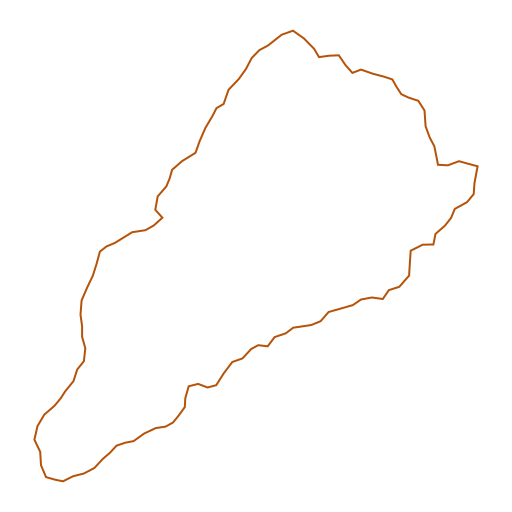 Chapadão do Lageado, Santa Catarina, Brazil (Albers equal-area conic projection)
{"feature_id": "56859067B87802320520562", "entity_name": "Chapadão do Lageado", "entity_type": "district", "adm_level": 2, "iso_a3": "BRA", "parent_name": "Brazil", "parent_adm1": "Santa Catarina", "projection": "albers", "projection_center": [-49.558, -27.587], "detail": "fine", "context": "isolated", "style": "outline", "palette": "amber", "viewbox_px": 512, "rotation_deg": 0, "n_neighbors": 0, "source": "geoboundaries", "source_scale": "gbopen_adm2", "svg_char_len": 1614}
<svg xmlns="http://www.w3.org/2000/svg" viewBox="0 0 512 512"><path d="M473.7,194.1L474.5,182.9L477.6,166.3L467.2,163.5L459.0,161.2L447.9,165.3L438.0,164.8L436.4,156.5L434.3,146.2L429.7,137.5L425.6,126.3L424.5,110.5L418.3,100.8L408.3,97.5L401.3,94.2L396.5,86.8L392.3,79.4L384.1,76.7L373.1,73.8L361.0,69.6L352.4,72.9L345.5,65.1L338.8,55.3L329.3,55.7L319.0,57.1L314.1,48.8L304.0,38.5L293.0,30.7L281.7,34.7L274.6,40.3L268.0,45.5L259.4,50.1L251.7,58.0L245.9,69.1L238.8,79.0L228.6,89.7L223.6,104.0L216.5,108.1L212.4,116.1L205.5,127.7L199.7,141.0L195.5,152.8L182.1,161.1L172.1,169.8L169.7,178.3L166.4,186.3L157.7,196.4L155.3,209.8L162.4,217.7L153.7,225.5L145.4,230.2L132.2,232.2L122.5,238.2L114.9,242.9L106.4,246.5L99.9,251.6L96.5,264.1L92.8,275.8L87.5,286.8L81.6,300.4L80.5,314.7L82.1,326.3L82.1,336.9L85.3,348.2L83.9,361.2L77.2,369.5L73.5,381.1L65.3,391.2L60.7,398.3L54.6,405.7L44.3,414.6L37.5,426.1L34.4,439.7L40.2,451.8L41.0,465.2L46.0,477.1L55.1,479.7L63.0,481.3L73.2,476.2L83.9,473.5L94.5,467.9L102.7,459.0L109.7,453.0L116.6,445.6L125.3,442.7L133.6,441.1L144.2,433.5L155.7,428.1L165.6,426.6L173.0,422.5L178.4,415.9L184.8,407.1L185.3,398.2L188.7,386.3L198.1,383.9L207.6,387.5L216.2,385.2L223.9,373.1L232.3,362.0L242.5,358.4L251.2,349.0L258.2,345.2L267.7,346.3L274.6,337.1L285.8,333.3L293.2,327.7L302.1,326.4L311.3,325.0L320.6,321.2L328.6,312.0L341.7,308.3L352.8,305.1L361.0,299.5L372.0,297.5L382.8,299.0L388.9,290.1L399.3,286.8L409.1,275.6L409.9,262.3L410.7,250.7L422.7,244.7L433.4,244.5L435.5,233.9L445.0,225.6L451.1,217.8L454.8,208.9L467.1,202.1L473.7,194.1Z" fill="none" stroke="#b45309" stroke-width="2"/></svg>